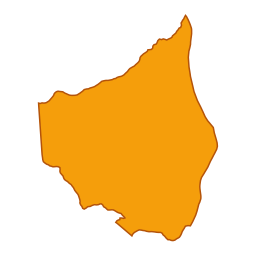 the district of Tocantinópolis, Tocantins, Brazil
{"feature_id": "56859067B84372438534846", "entity_name": "Tocantinópolis", "entity_type": "district", "adm_level": 2, "iso_a3": "BRA", "parent_name": "Brazil", "parent_adm1": "Tocantins", "projection": "mercator", "projection_center": [-47.544, -6.231], "detail": "fine", "context": "isolated", "style": "filled", "palette": "amber", "viewbox_px": 256, "rotation_deg": 0, "n_neighbors": 0, "source": "geoboundaries", "source_scale": "gbopen_adm2", "svg_char_len": 3106}
<svg xmlns="http://www.w3.org/2000/svg" viewBox="0 0 256 256"><path d="M190.4,225.8L192.7,221.6L195.7,215.1L197.0,211.1L198.8,204.1L199.7,202.3L200.8,198.8L200.9,197.0L200.8,195.3L200.5,193.1L200.2,191.0L199.9,188.5L199.8,186.6L199.9,184.9L200.1,183.3L200.5,180.5L201.0,179.0L201.5,177.5L204.0,173.5L204.8,172.1L205.6,170.8L207.8,167.1L210.5,161.1L212.3,157.8L213.5,155.4L214.6,153.4L216.7,149.2L217.4,146.2L217.1,142.9L216.4,140.1L215.7,137.6L214.3,132.9L213.3,127.5L210.3,123.9L207.6,120.7L205.1,116.7L202.9,111.8L200.6,106.9L197.4,100.6L194.0,91.6L193.0,87.2L190.5,76.7L190.1,73.9L189.6,70.7L189.0,67.0L188.3,57.3L188.9,51.2L189.8,47.7L190.5,44.4L190.6,41.7L191.6,33.8L191.6,29.7L191.4,28.2L190.3,24.9L189.3,22.4L188.3,20.1L186.5,16.6L185.5,15.4L184.5,17.2L183.7,19.0L182.6,20.3L181.9,21.8L181.1,23.0L181.5,25.3L180.6,27.5L179.1,28.1L178.0,29.9L176.8,31.2L175.8,33.1L173.9,34.7L172.5,35.9L171.9,37.3L170.7,38.1L168.8,38.9L166.7,40.0L164.8,39.3L163.2,38.9L161.7,39.6L159.4,39.1L157.8,40.7L157.1,42.6L156.2,44.1L154.0,44.7L152.9,46.1L152.7,48.1L151.5,49.4L149.4,49.7L147.9,49.8L147.3,51.3L145.7,52.5L143.5,53.9L142.0,55.3L140.9,56.3L140.1,57.6L139.8,59.4L139.3,61.0L138.2,62.4L136.8,63.7L135.6,64.7L134.4,66.0L132.5,67.0L131.1,67.8L129.8,68.6L128.7,69.8L127.5,71.5L125.7,73.1L123.8,75.0L121.4,76.3L118.9,76.8L117.0,77.5L115.6,78.5L114.1,78.7L112.3,79.6L110.3,80.0L108.2,80.4L106.1,80.4L104.2,80.7L101.8,81.3L99.8,83.0L98.0,84.4L96.2,85.5L94.9,86.4L93.5,87.0L91.9,87.5L90.1,88.0L88.5,88.8L86.5,89.0L84.2,89.6L82.6,91.2L81.2,92.2L79.9,93.2L78.4,94.1L77.2,94.9L75.1,95.3L71.9,95.4L69.7,95.2L68.0,94.5L66.5,93.8L64.8,93.1L62.8,91.8L60.0,91.5L58.0,91.2L56.4,91.7L55.1,92.7L54.2,93.8L53.6,95.5L52.2,97.3L50.8,98.9L49.2,100.8L47.4,102.0L45.9,102.8L44.0,103.1L42.0,102.9L40.2,103.5L38.6,103.1L38.7,105.2L42.1,154.6L42.6,158.1L42.8,159.8L43.4,161.7L45.3,163.3L46.9,164.3L48.5,164.8L49.6,165.8L51.5,166.3L52.9,166.8L54.6,166.7L56.4,166.5L58.3,166.7L59.9,167.6L60.1,169.5L59.9,171.1L60.3,172.8L61.8,174.6L63.1,176.1L63.6,177.8L64.5,179.5L65.8,180.5L67.6,181.6L69.3,183.3L71.1,184.5L72.2,186.1L73.5,187.7L74.8,190.4L76.0,192.0L77.1,193.3L78.1,194.6L78.7,196.2L79.3,198.0L79.8,199.7L80.1,201.2L79.9,203.0L80.6,204.8L81.9,206.4L82.7,208.3L84.2,209.1L86.2,208.0L87.7,206.7L90.3,206.4L92.0,205.5L94.3,204.7L96.7,204.9L98.6,204.6L100.0,203.9L101.5,203.9L102.9,205.2L103.6,206.7L105.6,207.9L106.8,209.1L107.9,210.0L109.7,210.0L111.5,209.8L113.3,209.9L115.2,210.9L116.6,211.8L118.3,212.7L121.1,213.5L122.6,215.4L124.0,216.7L124.9,217.9L123.4,218.4L121.8,218.0L120.0,218.0L119.8,219.6L118.1,220.1L116.8,220.9L115.8,222.4L117.1,223.3L131.9,235.9L132.6,234.3L134.3,232.5L136.2,231.4L137.6,230.6L139.2,229.9L141.3,230.1L143.0,230.5L144.8,230.7L146.6,231.3L149.0,231.7L151.7,231.6L154.5,231.9L157.1,232.3L159.0,232.4L160.6,232.4L162.1,233.2L163.2,235.0L164.6,236.1L166.2,238.1L167.9,239.7L169.6,239.7L171.2,240.4L173.0,240.6L174.9,240.1L176.6,238.8L178.0,238.1L179.4,237.2L180.5,235.6L181.4,233.8L182.2,231.6L183.2,229.9L184.1,228.5L185.4,226.2L187.9,225.6L190.4,225.8Z" fill="#f59e0b" stroke="#b45309" stroke-width="1.5"/></svg>